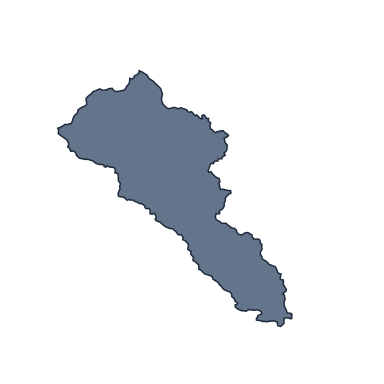 the district of Candiota, Rio Grande do Sul, Brazil, rotated 299°
{"feature_id": "56859067B24867666678469", "entity_name": "Candiota", "entity_type": "district", "adm_level": 2, "iso_a3": "BRA", "parent_name": "Brazil", "parent_adm1": "Rio Grande do Sul", "projection": "natural_earth1", "projection_center": [-53.764, -31.586], "detail": "fine", "context": "isolated", "style": "filled", "palette": "slate", "viewbox_px": 384, "rotation_deg": 299, "n_neighbors": 0, "source": "geoboundaries", "source_scale": "gbopen_adm2", "svg_char_len": 4350}
<svg xmlns="http://www.w3.org/2000/svg" viewBox="0 0 384 384"><g transform="rotate(299 192 192)"><path d="M117.3,334.7L120.1,335.7L121.9,336.1L124.0,334.8L126.2,334.0L127.9,335.5L128.7,338.4L129.2,340.3L130.5,340.4L131.4,339.2L133.1,339.1L133.9,337.6L132.4,334.0L135.5,330.3L136.4,328.9L137.9,327.4L140.4,325.8L143.3,325.5L144.7,324.2L146.7,322.6L146.8,320.9L148.2,321.0L150.8,322.3L152.5,321.8L153.6,319.6L154.8,317.8L156.2,315.9L157.8,315.8L159.4,314.2L158.6,313.1L158.7,311.2L161.7,310.1L163.4,309.6L162.9,307.4L163.2,305.9L165.4,303.6L167.0,301.0L166.1,294.5L167.3,291.3L167.5,286.2L169.6,284.0L171.1,281.5L172.7,281.0L176.3,280.9L177.8,279.4L179.9,278.7L180.8,276.1L182.1,275.5L183.2,273.7L182.6,272.1L180.7,269.0L182.0,266.5L183.7,265.0L183.5,262.5L183.7,260.9L182.9,259.2L181.7,258.1L180.4,257.3L179.2,257.1L177.5,253.7L178.4,250.9L180.3,249.0L180.7,246.7L179.8,244.2L180.5,239.6L181.1,236.9L179.0,233.1L179.7,230.4L179.4,228.4L179.6,226.6L181.2,224.7L182.6,224.2L184.8,223.5L185.8,226.2L187.2,226.5L188.2,225.2L190.0,225.8L191.9,226.9L193.4,227.0L195.3,227.0L197.5,225.7L200.1,225.4L203.4,224.0L205.2,224.5L207.9,225.2L209.9,226.6L211.9,225.1L211.1,223.7L209.4,217.6L208.0,215.5L213.0,211.2L214.8,211.4L217.0,209.0L216.6,206.4L216.8,204.8L217.7,201.6L219.0,198.6L217.3,197.1L218.3,195.8L221.2,195.4L225.1,194.7L226.7,195.2L227.2,197.0L229.8,196.8L231.8,199.7L233.6,199.0L235.6,202.0L237.3,201.5L238.7,202.5L240.4,203.2L241.4,201.1L243.9,202.0L245.3,202.1L250.1,200.2L251.1,197.3L254.7,194.0L257.4,196.2L259.1,196.5L259.9,194.5L259.7,192.5L260.7,189.6L259.7,187.6L258.1,186.5L257.4,184.9L255.4,184.1L255.3,182.0L256.3,179.7L256.1,177.5L258.8,175.4L261.3,175.0L262.5,171.3L264.4,170.9L263.2,168.5L264.6,167.2L265.2,164.8L263.7,163.7L262.1,164.5L261.0,165.6L260.3,163.7L261.7,158.7L260.6,157.9L260.6,155.9L261.8,154.0L261.8,152.2L260.7,151.5L260.2,149.5L261.3,147.8L261.0,145.5L260.6,143.7L260.3,141.3L258.0,139.6L257.9,136.9L257.1,135.0L256.1,133.9L253.7,131.6L253.4,129.1L254.7,124.2L256.8,121.5L258.7,120.1L263.4,118.6L267.3,114.4L270.1,104.2L270.4,99.6L272.6,95.5L272.4,93.9L272.8,91.1L272.5,87.0L270.3,87.9L267.8,87.0L265.6,85.3L263.4,85.8L261.7,84.5L261.2,82.5L258.1,84.0L255.7,84.4L253.2,83.7L248.6,83.6L243.9,78.4L242.8,75.9L243.0,73.8L244.0,71.9L242.2,69.3L240.2,67.9L238.6,66.2L237.7,64.4L237.5,61.4L233.2,58.1L231.9,56.9L229.0,56.3L226.0,54.9L222.9,54.0L221.6,54.4L217.8,57.4L215.9,57.1L214.2,55.7L211.1,53.6L208.2,52.5L205.8,53.5L202.1,52.2L199.9,52.1L196.6,52.9L193.2,53.2L192.0,51.3L190.5,50.7L189.8,48.4L188.5,47.6L187.2,47.2L185.5,45.8L184.0,45.1L182.7,43.6L181.3,45.5L178.2,46.8L177.8,49.5L177.0,57.2L174.1,61.2L171.1,61.3L171.0,63.5L168.8,66.1L170.3,68.3L170.2,70.6L167.9,73.5L167.5,75.3L166.9,76.9L168.7,82.7L169.9,84.7L170.5,86.8L171.1,90.3L170.4,94.4L171.0,96.0L171.2,97.9L172.4,99.7L172.7,102.1L171.6,102.9L172.0,104.7L173.7,104.9L173.8,107.6L175.0,110.3L175.5,112.4L174.0,114.5L171.4,115.2L171.9,117.0L171.9,118.7L170.5,119.6L166.1,122.2L164.6,125.4L161.6,126.1L160.2,127.5L156.2,127.8L154.3,128.4L152.7,129.7L153.1,131.5L154.4,134.9L153.3,139.2L155.1,140.7L155.0,142.4L156.2,143.4L156.1,147.2L156.5,149.0L156.5,152.2L157.5,153.6L157.0,157.7L155.5,158.5L155.3,160.3L156.7,162.3L155.8,164.2L152.7,165.8L153.2,167.9L155.4,169.7L152.1,173.3L150.3,172.9L149.5,174.4L149.7,176.0L150.2,178.7L149.5,180.9L149.0,183.8L148.8,186.7L149.3,189.9L150.5,193.4L149.9,194.9L149.4,197.6L147.9,200.5L149.4,203.5L147.7,206.5L145.8,207.0L146.1,209.7L145.4,211.5L145.1,213.1L143.9,214.7L142.2,215.2L139.8,216.1L139.4,220.1L137.9,220.6L136.8,221.3L135.7,225.0L133.6,225.4L132.3,226.5L132.9,228.0L132.3,229.7L131.6,233.0L129.4,234.6L127.6,235.4L128.1,237.1L126.5,242.7L126.9,244.7L127.3,246.4L127.9,250.4L125.9,252.7L125.6,258.6L124.0,261.3L124.0,263.0L122.7,265.1L122.1,267.5L122.5,270.7L122.9,272.7L122.8,274.4L121.8,276.3L119.8,277.5L119.2,280.8L117.5,282.3L116.9,285.9L115.6,285.8L114.2,284.5L112.4,285.6L111.8,288.9L112.2,293.0L113.0,294.4L114.0,297.1L116.5,298.6L117.9,301.6L118.6,303.7L120.0,305.2L120.9,307.4L121.0,309.6L120.5,311.2L119.1,312.0L117.4,310.6L115.7,309.5L114.1,310.0L112.6,309.6L111.2,310.5L112.1,312.8L112.8,314.7L112.8,316.4L114.0,317.6L114.3,319.6L115.6,321.2L116.5,322.6L117.9,324.3L119.0,326.3L119.4,328.0L119.6,329.7L118.3,330.4L116.7,331.9L117.3,334.7Z" fill="#64748b" stroke="#1e293b" stroke-width="1.5"/></g></svg>